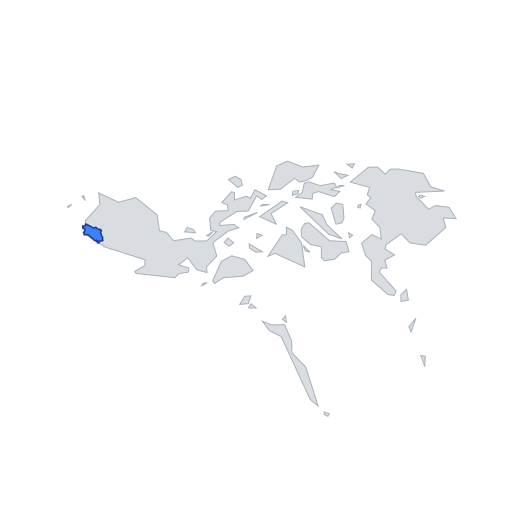 location of Ilocos Norte, Ilocos Norte, Philippines, rotated 288°
{"feature_id": "2640588B45258001695711", "entity_name": "Ilocos Norte", "entity_type": "district", "adm_level": 2, "iso_a3": "PHL", "parent_name": "Philippines", "parent_adm1": "Ilocos Norte", "projection": "orthographic", "projection_center": [120.646, 18.219], "detail": "fine", "context": "in_parent", "style": "filled", "palette": "blue", "viewbox_px": 512, "rotation_deg": 288, "n_neighbors": 0, "source": "geoboundaries", "source_scale": "gbopen_adm2", "svg_char_len": 6511}
<svg xmlns="http://www.w3.org/2000/svg" viewBox="0 0 512 512"><g transform="rotate(288 256 256)"><path d="M237.2,82.9L256.5,91.6L267.4,87.0L264.6,108.8L274.4,123.5L264.5,149.3L250.3,156.3L250.7,163.5L245.1,173.0L253.1,189.0L251.4,193.2L255.1,204.5L267.0,210.9L266.6,205.0L277.9,200.2L286.1,203.7L290.6,215.6L295.8,213.1L296.3,207.0L309.6,212.9L309.4,216.1L302.6,218.2L309.9,228.4L309.0,232.7L318.6,234.6L316.5,247.4L311.6,244.2L313.4,238.0L296.4,234.7L292.4,224.0L277.1,211.4L273.8,212.0L279.2,225.4L277.4,230.9L271.4,222.1L255.4,210.8L243.9,218.7L230.5,212.3L225.1,214.5L224.6,204.1L233.2,191.6L223.7,185.1L223.8,196.0L219.9,196.8L214.9,187.5L210.4,185.9L202.4,147.5L203.9,145.5L212.6,153.2L218.1,151.5L217.9,109.7L224.2,85.9L237.2,82.9ZM355.4,322.9L375.0,335.3L378.1,344.0L373.8,353.8L380.0,356.6L382.6,364.1L386.3,389.7L375.9,400.6L376.0,415.2L365.8,388.0L362.1,390.0L353.9,405.6L359.6,411.5L361.9,424.5L353.3,434.8L350.1,422.3L341.8,427.7L318.7,414.0L316.0,398.3L322.0,387.4L307.2,376.3L302.5,376.6L299.8,387.4L291.8,379.7L285.0,384.4L283.6,379.2L278.8,378.1L266.0,400.1L261.2,399.7L260.1,393.5L268.7,373.3L286.7,367.5L290.5,359.9L300.8,352.5L312.1,359.6L310.8,370.0L321.5,364.9L327.0,354.8L335.8,355.6L339.4,344.5L346.8,347.1L348.6,342.8L356.4,342.9L355.4,322.9ZM297.6,337.2L288.8,343.1L285.3,336.1L277.1,331.7L272.7,322.6L274.6,318.8L284.9,315.3L283.8,304.0L288.2,293.6L295.5,290.6L302.3,292.4L303.9,296.2L293.2,321.2L297.6,337.2ZM348.0,247.8L356.0,256.7L355.1,273.0L361.9,287.6L348.4,285.4L343.0,280.2L339.8,274.4L341.8,268.7L327.0,258.5L322.8,247.2L348.0,247.8ZM259.4,267.5L284.1,274.4L285.7,278.5L292.7,275.9L291.7,282.6L282.5,295.3L260.6,305.8L264.4,273.3L259.4,267.5ZM165.6,337.8L132.6,361.3L136.2,352.0L187.1,304.9L189.3,291.5L196.0,282.3L195.3,292.1L199.5,304.4L186.2,316.2L175.1,320.0L165.6,337.8ZM218.8,222.4L240.2,224.7L248.7,232.8L249.3,246.3L241.2,257.7L232.7,249.8L225.5,231.9L217.2,225.2L218.8,222.4ZM330.7,280.4L340.2,279.4L342.9,283.7L342.7,295.3L349.7,308.1L346.4,311.4L342.2,306.7L343.3,315.7L336.7,312.2L336.6,295.6L333.2,290.7L327.4,291.9L324.1,275.4L330.7,280.4ZM298.9,332.4L299.2,318.4L316.4,282.6L315.7,306.3L307.6,313.9L298.9,332.4ZM331.8,322.6L319.1,328.0L314.1,327.4L310.9,322.2L324.7,312.7L331.2,316.2L331.8,322.6ZM294.5,247.3L316.2,263.8L316.4,269.6L301.0,257.2L292.6,265.3L294.5,247.3ZM323.9,218.2L319.2,221.1L315.6,217.5L320.3,206.1L325.5,211.7L323.9,218.2ZM271.0,409.4L261.1,414.5L257.6,407.9L263.8,405.8L271.0,409.4ZM205.0,255.5L214.2,257.7L216.5,263.4L208.3,263.4L205.0,255.5ZM259.1,221.6L264.5,223.7L261.6,230.7L256.9,227.4L259.1,221.6ZM236.0,423.2L246.2,427.3L231.6,427.0L236.0,423.2ZM361.2,318.5L355.9,313.1L360.4,304.2L359.9,309.5L361.2,318.5ZM265.4,245.8L262.0,260.7L259.5,254.6L261.6,247.3L265.4,245.8ZM212.3,443.6L213.0,448.0L202.9,450.6L212.3,443.6ZM262.0,181.6L261.8,188.3L259.4,191.1L256.9,180.7L262.0,181.6ZM280.6,297.6L276.3,306.2L276.2,301.3L280.6,297.6ZM209.0,265.9L206.6,272.1L204.3,264.9L209.0,265.9ZM331.6,276.4L328.2,276.6L324.9,271.8L328.9,271.1L331.6,276.4ZM277.7,250.0L277.7,255.6L272.9,251.1L277.7,250.0ZM374.2,321.2L369.3,320.3L371.4,314.2L374.2,321.2ZM289.3,233.0L298.0,244.1L287.0,233.2L289.3,233.0ZM208.2,302.5L202.4,305.6L204.0,300.6L208.2,302.5ZM306.6,336.9L305.6,341.6L302.3,339.3L306.6,336.9ZM307.1,246.4L309.1,253.0L304.8,244.7L307.1,246.4ZM128.7,374.3L125.7,373.9L126.4,369.7L128.7,369.2L128.7,374.3ZM337.7,339.9L333.9,340.3L333.6,337.8L335.8,337.3L337.7,339.9ZM364.8,398.0L362.0,395.1L362.8,392.1L364.7,393.5L364.8,398.0ZM213.8,214.1L215.4,217.8L210.9,213.5L213.8,214.1ZM348.8,313.3L350.4,318.3L346.1,312.3L348.8,313.3ZM260.1,73.5L255.9,76.6L258.9,72.0L260.1,73.5ZM266.0,207.7L260.1,204.8L260.2,202.8L266.0,207.7ZM244.6,61.4L248.2,64.9L244.2,62.6L244.6,61.4Z" fill="#d9dde1" stroke="#a8b0b8" stroke-width="1"/><path d="M232.8,100.5L232.9,100.4L233.0,100.2L233.2,99.9L233.0,99.6L233.0,99.4L232.9,99.4L232.7,99.2L232.8,99.0L232.9,98.6L232.9,98.3L232.8,98.2L232.9,97.9L232.7,97.6L232.7,97.4L232.9,96.9L233.1,96.4L233.2,96.2L233.3,96.0L233.6,95.2L233.8,94.8L233.1,93.9L233.0,93.7L232.7,93.2L232.4,92.0L233.2,89.3L233.2,88.3L233.5,87.1L233.7,85.8L233.9,85.0L233.9,84.2L233.8,83.9L233.8,84.0L233.7,84.0L233.6,84.3L233.4,84.4L233.4,84.5L233.1,84.5L232.7,84.5L232.4,84.4L232.2,84.4L232.1,84.2L231.9,84.1L231.8,83.9L231.7,83.8L231.6,83.5L231.5,83.4L231.4,83.3L231.2,83.2L231.1,82.9L231.1,82.7L231.0,82.8L230.9,82.7L230.9,82.4L230.7,82.1L230.4,82.0L230.2,82.2L230.2,82.3L229.9,82.4L229.8,82.5L229.7,82.5L229.6,82.4L229.3,82.5L229.1,82.6L228.9,82.8L228.8,83.0L228.8,83.3L228.9,83.5L229.0,83.6L229.0,83.8L228.9,83.9L229.0,84.0L229.0,84.4L228.8,84.7L228.7,84.8L228.4,85.0L228.0,85.2L227.7,85.3L227.3,85.3L226.8,85.3L226.2,85.2L226.1,85.3L226.0,85.2L225.8,85.2L225.7,85.1L225.4,85.0L225.2,84.9L225.2,85.0L225.2,84.9L224.9,84.9L224.7,84.9L224.6,85.1L224.5,85.3L224.4,85.3L224.2,85.4L224.2,85.5L223.9,85.7L223.7,85.7L223.7,85.8L223.5,86.0L223.4,86.2L223.2,86.3L223.3,86.5L223.2,86.5L223.3,86.5L223.4,86.8L223.4,87.0L223.5,87.2L223.6,87.4L223.7,87.5L223.7,87.8L223.8,87.9L223.9,88.0L223.9,88.3L224.0,88.4L224.0,88.5L224.1,88.8L224.1,89.0L224.1,89.3L224.2,89.5L224.2,90.0L224.1,90.4L224.1,90.8L224.0,91.0L223.9,91.3L223.6,91.9L223.3,92.1L223.3,92.3L223.1,92.7L222.8,93.4L222.6,93.8L222.3,94.1L222.2,94.2L222.1,94.3L222.0,94.6L222.0,94.8L222.1,95.3L222.0,95.6L222.0,95.8L221.9,96.1L221.5,96.7L221.1,97.1L220.9,97.3L220.9,97.5L221.0,97.5L221.1,98.2L221.0,98.5L220.9,98.7L220.9,98.8L221.0,99.1L221.0,99.3L221.3,99.4L221.2,99.5L221.3,99.5L221.5,99.7L221.5,99.8L221.5,100.0L221.4,100.0L221.2,100.1L221.3,100.1L221.2,100.1L221.3,100.1L221.2,100.3L220.9,100.3L221.0,100.4L220.9,100.4L220.9,100.6L220.9,100.8L220.7,101.2L220.7,101.3L220.5,101.5L220.3,101.7L220.2,101.7L220.0,101.8L220.0,102.0L219.9,102.1L219.7,102.0L219.8,102.3L219.9,102.5L220.1,102.5L220.1,102.4L220.3,102.4L220.3,102.5L220.5,102.6L220.9,102.7L221.0,102.6L221.3,102.7L221.6,102.8L222.0,102.9L222.1,103.0L222.3,103.1L222.3,103.5L222.4,103.8L222.5,103.9L222.5,104.1L222.6,104.3L222.6,104.6L223.4,105.6L223.5,105.6L223.7,105.3L224.2,105.0L224.5,105.0L224.6,104.9L224.8,104.9L225.0,104.7L225.7,104.6L225.9,104.5L226.3,104.4L226.5,104.3L226.7,104.1L226.9,103.9L227.0,103.8L227.1,103.6L227.2,103.3L227.5,102.7L227.9,102.5L228.2,102.4L228.4,102.4L228.6,102.3L228.9,102.2L229.2,102.0L229.6,101.6L229.8,101.3L230.0,101.0L230.2,100.9L230.4,100.8L230.7,100.8L231.1,100.8L231.4,100.9L231.8,101.1L232.1,101.2L232.4,101.1L232.5,101.0L232.8,100.5Z" fill="#3b82f6" stroke="#1e3a8a" stroke-width="1.5"/></g></svg>